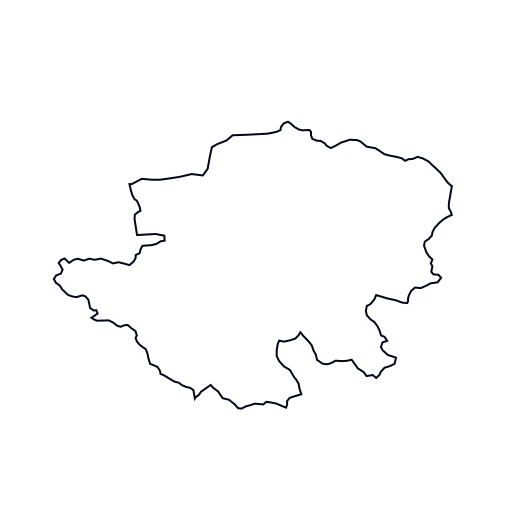 Raub, Pahang, Malaysia, rotated 113°
{"feature_id": "92858781B38754902087589", "entity_name": "Raub", "entity_type": "district", "adm_level": 2, "iso_a3": "MYS", "parent_name": "Malaysia", "parent_adm1": "Pahang", "projection": "robinson", "projection_center": [101.866, 3.837], "detail": "fine", "context": "isolated", "style": "outline", "palette": "ink", "viewbox_px": 512, "rotation_deg": 113, "n_neighbors": 0, "source": "geoboundaries", "source_scale": "gbopen_adm2", "svg_char_len": 3456}
<svg xmlns="http://www.w3.org/2000/svg" viewBox="0 0 512 512"><g transform="rotate(113 256 256)"><path d="M138.8,293.0L147.7,311.2L154.0,324.7L161.2,328.3L168.3,335.5L173.1,339.1L182.7,337.3L194.6,334.6L202.6,336.4L205.7,347.2L212.9,357.1L218.5,366.1L223.3,374.2L226.4,381.4L229.6,391.3L238.4,398.5L239.3,400.6L244.7,396.6L248.3,393.6L251.2,390.0L251.6,387.4L253.8,384.8L256.8,381.8L259.7,380.0L261.7,381.8L265.2,383.7L269.5,382.2L283.2,373.7L275.0,357.1L273.1,348.3L277.6,346.1L279.6,349.4L283.8,352.4L286.8,356.4L291.0,364.5L294.6,364.9L298.8,364.2L302.1,367.1L305.0,366.0L308.6,366.4L313.8,368.9L314.5,374.1L315.4,380.0L318.7,384.8L318.4,390.0L319.0,397.7L322.6,403.2L323.6,408.4L327.5,412.8L328.2,419.1L330.8,422.4L335.3,425.3L333.1,431.2L335.7,433.8L339.6,434.9L341.5,432.0L344.1,428.7L348.4,428.7L352.0,432.4L356.2,433.1L356.5,432.7L358.8,429.8L359.8,425.3L362.7,420.9L365.3,413.6L365.0,409.1L364.0,405.1L360.1,400.6L359.8,397.3L361.7,393.3L365.3,390.7L368.6,388.5L369.6,384.1L368.3,381.8L370.9,379.3L377.1,383.3L377.7,380.4L377.7,377.1L374.8,370.8L372.8,366.4L373.1,361.2L374.4,356.8L374.1,353.1L371.2,350.1L369.6,347.2L371.2,342.4L372.2,337.6L375.7,334.7L378.5,334.8L381.0,332.5L382.4,330.1L383.5,327.3L384.3,324.0L384.7,321.4L386.4,319.5L388.5,317.6L391.6,315.5L396.6,311.4L396.6,309.2L396.6,303.3L399.2,299.6L401.8,297.8L401.8,294.1L403.1,285.3L403.5,281.6L402.8,277.9L403.8,273.5L403.8,268.7L403.1,265.4L403.8,261.3L411.0,256.6L410.0,256.5L406.1,254.3L402.5,253.6L392.4,247.3L394.0,244.0L395.6,237.7L397.6,234.8L399.9,231.1L398.9,224.8L400.8,217.8L403.1,213.0L402.1,209.7L398.2,206.4L396.0,203.5L392.4,199.4L389.8,191.3L386.2,189.5L385.2,185.8L383.9,179.9L383.9,169.2L381.0,169.2L377.4,170.7L373.5,169.6L370.2,165.9L365.6,160.3L360.7,164.4L356.8,167.0L353.9,171.0L352.6,173.6L347.7,180.2L346.7,187.2L343.5,193.9L339.9,197.9L334.7,200.1L328.5,201.6L324.9,201.6L323.9,196.8L320.0,191.3L316.7,187.6L312.2,185.8L308.9,185.4L311.2,181.0L313.8,174.7L316.4,169.9L320.7,165.9L323.6,162.2L327.8,159.2L329.1,152.6L327.8,148.2L325.5,145.2L321.3,141.9L319.4,136.4L317.1,131.6L314.1,127.5L316.7,123.1L319.7,118.3L320.7,111.7L323.3,107.3L320.0,102.1L321.3,97.7L317.1,95.9L313.8,95.9L308.6,94.0L305.3,90.0L301.1,86.3L294.9,87.4L295.2,91.8L295.6,95.9L293.3,102.5L291.0,105.4L286.1,105.8L282.8,102.1L280.2,106.2L280.2,109.9L276.3,113.2L273.1,116.9L270.5,121.3L269.5,126.1L267.2,130.9L263.6,133.4L258.7,134.5L255.8,132.0L249.9,130.1L245.0,130.1L243.7,118.3L242.1,109.9L241.8,103.2L240.2,98.4L238.2,98.4L235.3,99.5L232.3,99.9L227.4,99.5L222.9,97.3L221.2,91.8L216.0,87.0L213.1,84.8L209.2,78.5L203.7,77.1L202.0,80.8L203.6,85.5L202.0,88.5L196.5,89.6L194.5,92.2L190.3,92.2L188.7,96.6L186.0,100.6L180.8,105.4L176.9,106.2L172.7,103.6L168.4,102.1L164.9,102.9L160.3,102.5L154.1,100.3L149.5,98.1L145.3,95.1L141.7,91.8L139.1,94.0L136.8,97.0L133.9,98.4L130.3,99.5L115.2,103.0L115.3,103.2L113.4,108.4L111.1,112.4L107.5,118.3L104.9,125.0L103.3,129.8L101.6,133.8L101.0,140.4L101.6,146.0L105.5,149.7L107.2,153.3L110.1,155.9L109.1,160.0L109.8,165.1L111.4,172.5L112.1,177.7L110.8,183.9L110.1,188.3L111.1,192.4L112.1,196.8L109.8,204.6L109.8,208.2L112.4,215.2L118.6,222.2L123.5,225.9L127.4,229.3L127.0,233.7L125.4,237.0L124.8,241.4L126.1,245.1L126.1,249.9L123.5,252.5L120.2,253.9L119.2,256.2L122.2,262.4L122.8,265.7L122.2,270.9L120.5,275.7L119.9,279.0L123.1,282.3L127.4,283.4L130.6,282.7L133.6,285.6L135.8,288.6L138.8,293.0Z" fill="none" stroke="#020617" stroke-width="2"/></g></svg>